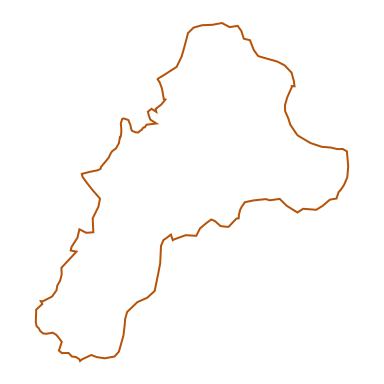 the district of Dalaba, Dalaba, Guinea
{"feature_id": "49546643B54901917722686", "entity_name": "Dalaba", "entity_type": "district", "adm_level": 2, "iso_a3": "GIN", "parent_name": "Guinea", "parent_adm1": "Dalaba", "projection": "orthographic", "projection_center": [-12.176, 10.89], "detail": "fine", "context": "isolated", "style": "outline", "palette": "amber", "viewbox_px": 384, "rotation_deg": 0, "n_neighbors": 0, "source": "geoboundaries", "source_scale": "gbopen_adm2", "svg_char_len": 2254}
<svg xmlns="http://www.w3.org/2000/svg" viewBox="0 0 384 384"><path d="M237.7,25.9L229.6,27.1L221.9,23.0L216.6,24.0L212.5,24.8L202.2,25.2L193.6,27.6L188.0,33.1L184.8,45.3L181.7,56.4L176.6,66.9L172.4,69.6L165.0,74.4L157.9,78.7L157.6,79.2L159.8,82.6L162.0,88.7L163.8,99.0L165.4,99.5L161.3,104.5L155.7,108.9L155.8,109.8L156.3,111.9L151.5,108.8L147.9,111.7L148.7,115.0L150.3,119.6L156.4,123.5L146.5,124.7L144.8,127.3L143.1,127.7L141.8,129.7L139.6,131.2L138.2,132.5L135.4,132.3L131.8,130.6L131.0,128.2L130.4,124.9L129.5,123.0L128.5,120.2L125.9,119.1L123.8,118.5L122.3,118.8L120.8,123.3L121.3,128.9L121.3,132.6L120.9,135.4L120.8,136.3L120.4,137.2L120.1,136.1L118.9,143.2L116.0,148.4L112.2,151.2L110.8,153.2L108.6,157.8L100.9,167.1L100.6,168.8L97.9,170.2L90.0,171.8L81.8,173.9L82.5,176.8L86.6,182.5L92.4,189.9L100.0,198.6L98.4,206.8L92.7,218.3L93.3,232.3L86.3,232.8L79.4,229.3L77.5,237.6L71.5,247.0L70.7,250.5L76.5,251.6L61.4,267.8L61.7,274.4L60.1,280.7L57.3,285.6L56.5,290.3L52.1,296.5L46.3,299.5L41.9,301.8L41.7,301.2L40.8,301.1L42.3,304.0L36.2,309.6L35.8,322.4L36.6,326.2L38.8,328.3L40.1,330.9L43.0,333.4L45.9,333.8L52.8,332.7L56.4,334.9L61.8,341.8L58.9,350.6L61.9,353.1L68.6,353.0L71.9,356.5L75.9,357.0L79.3,359.2L80.0,361.0L82.3,359.2L91.3,355.0L96.7,357.1L104.8,358.3L114.6,356.5L118.9,351.6L123.4,335.7L124.7,324.9L125.1,319.2L127.1,312.0L137.4,302.1L147.3,297.7L154.7,290.9L158.4,272.7L160.2,263.3L161.0,245.9L163.5,240.0L166.5,238.0L170.9,234.6L172.8,240.2L174.1,239.4L185.6,235.2L196.3,235.8L200.0,228.4L206.7,222.8L211.3,219.5L215.0,221.1L220.6,226.1L226.8,226.8L228.6,226.8L236.4,218.6L238.7,218.3L238.9,214.9L239.0,214.5L240.2,209.7L241.8,206.6L244.9,202.2L253.6,200.4L257.4,200.0L265.9,199.1L269.6,200.3L279.7,198.9L286.6,205.7L297.4,212.5L303.1,208.8L310.0,209.3L316.2,209.8L322.6,205.9L329.8,199.7L336.5,198.5L338.6,192.1L340.7,189.9L344.0,185.0L347.3,177.3L348.2,166.1L346.9,151.4L342.8,149.0L337.3,149.1L330.5,147.5L321.7,146.8L310.6,143.1L298.1,135.7L296.8,134.4L290.3,124.7L288.2,118.1L285.1,111.1L285.0,105.0L287.3,97.2L291.9,86.8L291.8,86.0L294.5,86.3L293.9,81.3L291.6,72.7L284.7,65.4L277.4,61.6L259.8,56.6L258.0,55.9L253.9,50.2L251.6,44.5L250.0,40.2L243.8,38.7L241.3,30.9L237.7,25.9Z" fill="none" stroke="#b45309" stroke-width="2"/></svg>